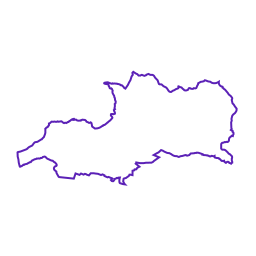 Distracción, La Guajira, Colombia (Natural Earth projection), rotated 96°
{"feature_id": "7082276B35872323079688", "entity_name": "Distracción", "entity_type": "district", "adm_level": 2, "iso_a3": "COL", "parent_name": "Colombia", "parent_adm1": "La Guajira", "projection": "natural_earth1", "projection_center": [-72.95, 10.911], "detail": "fine", "context": "isolated", "style": "outline", "palette": "violet", "viewbox_px": 256, "rotation_deg": 96, "n_neighbors": 0, "source": "geoboundaries", "source_scale": "gbopen_adm2", "svg_char_len": 5828}
<svg xmlns="http://www.w3.org/2000/svg" viewBox="0 0 256 256"><g transform="rotate(96 128 128)"><path d="M151.6,20.7L150.7,20.8L149.7,21.3L147.6,21.6L147.2,21.4L146.0,21.4L145.2,21.7L143.3,24.1L143.0,25.2L141.9,26.2L139.9,28.8L139.5,30.1L139.7,31.9L139.4,32.6L138.6,33.2L134.6,33.6L133.8,33.5L132.9,32.8L132.6,31.6L131.8,30.2L131.9,29.5L131.4,28.3L131.5,27.4L130.8,26.7L130.0,26.3L128.4,26.4L127.0,26.0L125.3,24.3L124.9,24.1L125.1,22.9L124.0,22.8L123.0,22.4L121.5,22.7L120.9,23.6L120.1,23.6L119.8,23.7L119.6,24.7L119.2,25.5L118.0,24.8L117.2,25.2L111.7,26.0L109.7,25.6L108.4,26.0L107.7,26.0L104.9,25.6L103.6,24.8L101.9,23.1L100.2,22.2L99.1,21.9L97.4,22.0L95.3,24.0L93.6,25.3L92.6,26.6L89.2,27.8L88.0,27.4L87.1,27.6L85.5,29.1L84.1,31.3L82.7,32.4L79.8,35.4L78.9,37.0L78.4,37.3L78.0,38.2L77.1,38.3L76.7,40.0L76.2,40.9L75.1,41.9L73.6,42.5L72.5,42.5L73.1,43.3L74.0,44.8L74.4,46.3L74.5,48.0L74.2,49.6L73.4,50.9L73.3,53.1L72.6,55.6L72.5,56.6L73.6,57.5L74.2,59.3L74.5,60.6L75.5,61.8L76.0,62.8L76.3,62.9L77.4,62.9L78.5,63.5L80.6,64.1L81.1,64.3L81.5,65.0L81.6,65.3L81.5,66.7L82.3,67.5L82.4,69.3L81.9,70.5L81.9,71.3L82.2,71.7L83.8,72.4L84.5,73.8L84.7,75.1L84.5,76.0L83.8,76.7L83.3,77.7L82.1,79.0L81.8,80.8L81.4,81.6L81.3,82.2L81.7,82.3L82.5,81.9L83.2,82.2L83.7,83.0L84.2,84.2L85.6,86.0L86.3,87.4L87.6,88.8L87.7,89.7L87.5,90.6L87.2,91.0L86.6,91.7L84.6,93.3L83.7,94.4L82.7,97.1L81.2,99.1L81.1,99.7L81.3,100.8L81.0,101.8L79.7,102.5L77.5,103.5L75.2,106.2L73.3,107.7L72.8,108.6L72.6,109.3L72.8,111.4L72.1,113.3L73.1,115.3L73.6,115.5L74.4,117.1L74.2,118.0L73.7,119.7L73.8,120.2L74.6,121.3L74.6,122.2L74.7,123.0L73.5,124.3L73.0,125.9L71.6,128.6L72.7,129.4L74.6,128.8L76.3,129.8L80.2,130.6L82.6,131.7L85.2,132.6L89.1,134.7L88.6,135.9L87.6,136.7L86.2,138.5L86.2,139.8L85.8,140.0L85.3,141.8L85.3,143.1L85.0,143.7L85.2,144.3L85.1,145.9L85.4,147.2L85.2,148.0L85.7,148.6L85.2,151.2L84.8,152.2L84.7,153.3L85.3,155.7L85.6,156.2L85.9,156.4L86.3,156.1L86.5,155.0L86.6,152.8L86.9,152.2L87.6,151.6L88.4,151.5L89.0,150.9L90.3,150.3L90.6,149.4L90.3,148.8L90.8,148.1L92.6,147.1L93.5,147.3L94.8,147.0L96.5,145.9L97.3,145.2L99.0,144.7L99.6,144.2L101.5,143.8L102.9,143.0L104.5,143.0L104.9,143.1L105.5,143.7L107.6,143.3L109.9,143.5L110.6,142.9L111.6,143.9L112.5,143.6L113.9,142.7L115.1,142.5L115.8,143.8L115.7,145.0L115.9,146.2L116.7,146.4L117.4,146.3L118.7,144.9L119.3,144.6L119.8,144.7L122.3,146.5L123.8,148.1L124.6,148.7L124.8,149.1L125.7,149.8L126.2,150.4L127.4,151.6L127.7,152.7L128.0,153.1L128.6,153.3L129.0,154.3L129.8,155.1L130.7,156.4L131.5,158.3L132.0,160.8L130.3,163.8L127.0,164.8L126.3,165.7L126.7,166.2L127.0,167.3L126.6,168.0L126.1,169.9L125.2,170.5L124.5,171.6L124.5,174.3L124.8,174.7L125.0,175.4L125.6,175.7L125.6,176.4L125.9,178.0L125.8,179.4L125.1,180.5L125.3,181.6L124.5,182.7L124.7,183.0L124.9,183.8L125.3,183.6L125.3,183.1L125.6,183.0L125.7,183.5L125.5,184.6L125.9,185.4L126.9,186.3L127.1,186.9L127.3,186.9L127.9,187.5L128.3,187.9L128.4,188.6L128.9,189.0L129.1,189.5L129.5,189.9L129.3,191.0L129.5,191.6L129.8,192.0L129.8,192.3L129.2,193.5L128.3,194.8L128.4,195.5L128.8,196.6L128.9,197.7L129.1,198.1L128.8,198.8L129.3,199.6L129.4,200.7L129.3,202.0L129.6,202.7L129.7,204.7L131.4,206.2L131.8,207.1L133.5,206.9L134.3,207.5L134.8,207.5L135.1,207.7L135.3,208.2L135.7,208.4L136.2,209.2L137.5,210.2L138.1,210.0L139.6,209.9L140.3,209.8L141.4,209.7L142.8,209.9L145.8,210.7L147.2,211.9L148.2,212.5L148.3,212.9L151.2,216.6L151.8,218.8L152.1,219.3L153.1,220.1L155.4,221.4L157.3,224.4L158.6,225.7L159.1,225.9L159.9,227.0L162.7,232.6L163.4,234.9L163.8,235.3L168.0,234.7L170.7,233.7L173.9,233.0L177.4,231.7L177.8,231.3L177.6,230.9L177.3,230.9L177.0,229.7L175.8,228.5L175.6,227.6L175.4,227.4L175.2,227.5L174.0,224.3L173.5,223.9L172.9,222.8L172.4,222.4L172.1,221.1L170.5,220.2L170.1,219.3L169.8,219.1L169.5,218.5L168.9,217.7L168.5,216.3L167.9,215.6L167.9,214.8L167.6,213.9L167.7,213.0L167.4,212.2L166.9,211.7L166.9,210.9L166.5,210.2L165.7,209.6L165.1,207.8L165.5,206.9L166.7,205.5L167.0,204.9L167.6,203.0L168.0,202.0L168.4,200.6L168.4,199.5L169.6,197.9L169.9,197.0L171.3,195.5L172.3,195.0L173.2,195.3L173.7,196.4L174.5,197.1L175.6,197.5L176.6,197.3L177.5,196.7L178.8,194.7L180.0,194.5L180.8,194.0L183.6,192.0L184.0,191.4L184.0,176.6L178.7,175.4L179.7,171.3L178.2,170.0L179.0,167.3L178.1,166.1L178.2,165.2L178.7,164.2L179.2,161.9L176.9,160.3L176.6,157.1L176.7,155.5L176.7,153.1L177.6,149.9L176.8,148.5L177.5,146.5L178.2,146.4L179.2,143.2L178.7,142.2L179.4,140.0L179.6,138.8L179.9,138.2L181.6,139.5L182.4,138.6L182.5,137.8L182.4,137.0L180.9,136.1L180.0,135.8L179.4,134.5L178.9,134.1L178.7,133.6L179.0,132.8L178.8,132.4L178.3,132.1L178.1,130.9L179.4,131.1L181.6,131.1L183.2,130.7L183.7,130.2L184.3,127.3L184.4,125.1L183.7,125.9L181.6,127.2L179.0,127.1L178.6,126.7L178.0,124.9L175.7,122.3L175.0,121.8L174.3,121.7L174.1,121.1L174.4,118.6L170.0,119.0L169.4,117.3L168.5,117.1L168.2,115.4L166.6,114.6L165.3,112.6L163.0,116.0L162.9,115.7L162.8,116.3L161.4,116.2L161.7,112.3L161.3,108.8L160.7,106.6L160.0,101.0L159.1,99.6L158.1,98.8L153.9,94.0L152.2,99.6L150.0,96.6L149.1,95.1L146.5,92.8L146.9,91.1L147.7,89.4L148.6,86.7L148.7,86.0L148.7,84.1L149.2,83.1L149.5,82.2L150.3,80.9L150.9,79.1L151.0,78.1L150.9,76.5L151.5,74.6L151.4,74.2L150.6,72.9L150.1,71.0L148.9,68.1L148.9,67.4L149.2,67.1L149.3,66.2L148.5,64.2L146.8,63.0L146.2,59.6L145.8,58.8L145.6,57.3L145.3,57.0L145.3,55.2L146.1,51.6L146.8,51.3L146.5,50.4L147.0,49.9L146.9,47.5L147.1,46.3L146.9,45.9L147.2,45.3L147.3,44.6L147.6,44.2L147.7,43.6L147.6,42.8L147.0,42.2L147.0,41.0L147.2,40.1L147.1,39.6L146.7,39.0L148.0,38.8L148.3,38.5L148.6,36.4L148.4,35.5L148.7,34.3L149.2,34.0L149.2,33.5L150.9,31.5L150.8,30.8L150.9,30.3L150.5,29.0L151.3,28.8L152.4,27.2L152.3,26.8L151.8,26.7L151.1,25.1L151.4,24.2L151.9,23.9L152.2,23.5L152.3,22.5L152.7,21.8L152.1,21.5L151.6,20.7Z" fill="none" stroke="#5b21b6" stroke-width="2"/></g></svg>